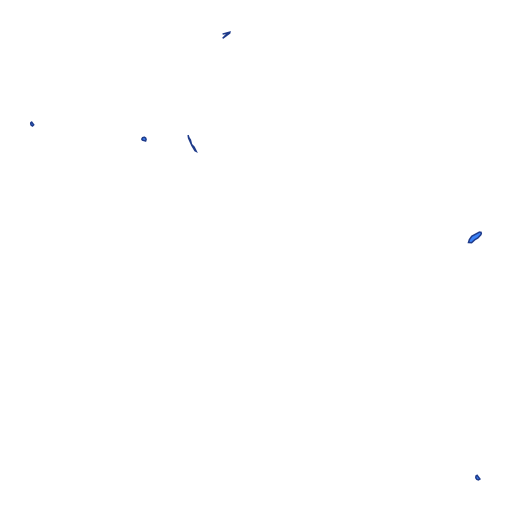 map outline of Tuamotu-Gambier (Albers equal-area conic projection)
{"feature_id": "PYF-4965", "entity_name": "Tuamotu-Gambier", "entity_type": "state/province", "adm_level": 1, "iso_a3": "PYF", "parent_name": "French Polynesia", "parent_adm1": "", "projection": "albers", "projection_center": [-142.294, -18.652], "detail": "coarse", "context": "isolated", "style": "filled", "palette": "blue", "viewbox_px": 512, "rotation_deg": 0, "n_neighbors": 0, "source": "natural_earth", "source_scale": "10m", "svg_char_len": 723}
<svg xmlns="http://www.w3.org/2000/svg" viewBox="0 0 512 512"><path d="M477.8,238.0L475.0,239.6L471.6,242.7L468.5,242.5L469.4,239.6L471.8,236.2L479.4,232.1L481.0,232.3L481.3,233.5L480.8,234.8L477.8,238.0ZM476.0,476.0L477.1,475.3L479.9,479.0L478.4,479.9L476.8,479.3L475.8,477.8L476.0,476.0ZM142.6,137.7L144.3,137.2L145.6,138.0L146.1,139.4L145.6,141.0L142.4,140.1L141.8,139.1L142.6,137.7ZM196.2,151.3L195.0,150.7L191.9,145.5L188.6,138.1L188.1,135.1L188.8,137.5L190.4,140.0L191.5,144.4L194.1,147.1L196.2,151.3ZM32.5,126.0L31.2,125.2L30.7,123.8L30.9,122.6L31.7,122.1L33.7,124.8L32.5,126.0ZM222.7,38.3L225.5,35.4L229.4,32.5L222.6,34.1L229.9,32.1L229.7,33.1L222.7,38.3Z" fill="#3b82f6" stroke="#1e3a8a" stroke-width="1.5"/></svg>